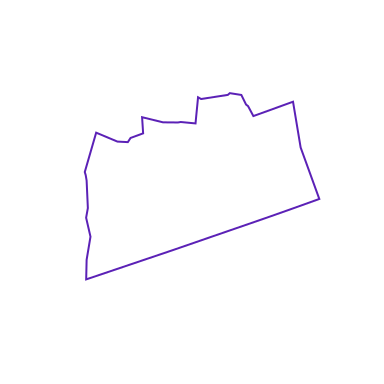 Lehigh, Pennsylvania, United States of America, rotated 301°
{"feature_id": "52423323B14765757601451", "entity_name": "Lehigh", "entity_type": "district", "adm_level": 2, "iso_a3": "USA", "parent_name": "United States of America", "parent_adm1": "Pennsylvania", "projection": "orthographic", "projection_center": [-75.565, 40.603], "detail": "fine", "context": "isolated", "style": "outline", "palette": "violet", "viewbox_px": 384, "rotation_deg": 301, "n_neighbors": 0, "source": "geoboundaries", "source_scale": "gbopen_adm2", "svg_char_len": 604}
<svg xmlns="http://www.w3.org/2000/svg" viewBox="0 0 384 384"><g transform="rotate(301 192 192)"><path d="M124.6,111.0L115.4,114.5L101.4,128.0L79.6,136.6L62.6,146.3L132.9,206.0L162.9,231.1L178.4,244.1L207.3,268.3L230.3,287.3L251.6,304.7L286.1,262.2L321.4,232.1L288.7,205.5L294.5,195.8L294.8,193.3L300.6,184.3L296.2,173.5L293.7,172.7L276.4,151.9L276.3,148.4L269.4,151.7L259.7,156.3L252.6,159.7L246.2,146.3L244.4,144.2L236.8,131.3L230.4,110.7L217.1,119.9L206.7,111.5L201.7,111.3L196.8,102.1L193.5,79.3L153.9,89.8L151.7,92.2L147.5,95.8L124.6,111.0Z" fill="none" stroke="#5b21b6" stroke-width="2"/></g></svg>